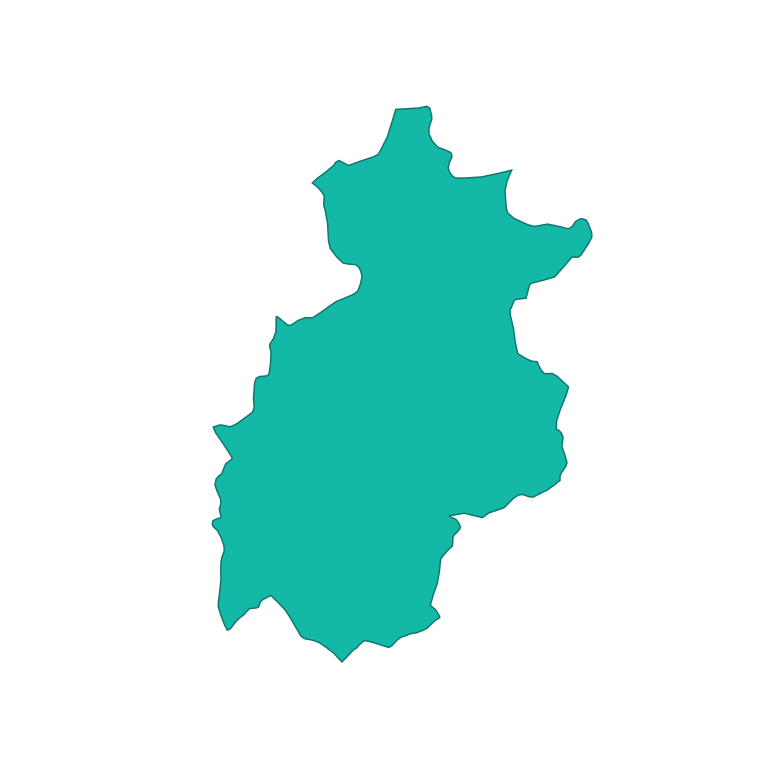 Bac Kan, Bắc Kạn, Vietnam (Mercator projection), rotated 241°
{"feature_id": "81297802B17568713952999", "entity_name": "Bac Kan", "entity_type": "district", "adm_level": 2, "iso_a3": "VNM", "parent_name": "Vietnam", "parent_adm1": "Bắc Kạn", "projection": "mercator", "projection_center": [105.845, 22.132], "detail": "fine", "context": "isolated", "style": "filled", "palette": "teal", "viewbox_px": 768, "rotation_deg": 241, "n_neighbors": 0, "source": "geoboundaries", "source_scale": "gbopen_adm2", "svg_char_len": 3867}
<svg xmlns="http://www.w3.org/2000/svg" viewBox="0 0 768 768"><g transform="rotate(241 384 384)"><path d="M594.5,418.7L588.8,421.3L581.2,422.9L577.1,422.8L573.7,420.5L569.8,418.0L564.5,416.8L551.6,412.4L535.7,404.7L528.4,402.7L517.9,404.3L509.6,406.9L506.2,411.0L502.0,417.3L498.3,418.6L493.7,418.4L488.6,416.9L483.0,412.0L478.0,406.2L477.2,401.2L478.4,389.2L479.3,382.1L478.5,373.3L478.5,373.2L478.0,370.2L477.1,361.9L476.5,353.9L480.1,347.3L481.2,340.1L480.6,331.6L481.2,329.3L483.9,327.5L493.7,323.8L495.2,322.5L495.1,322.4L492.1,320.6L487.2,317.8L482.1,314.8L477.2,309.1L474.3,303.6L472.7,302.3L466.8,300.8L456.3,294.3L448.2,288.0L448.0,285.2L450.9,278.7L450.9,274.9L447.3,271.1L434.8,262.9L432.3,261.8L426.4,259.1L423.0,255.2L422.2,249.0L420.7,236.8L420.7,232.2L421.2,228.7L426.0,223.1L427.8,220.5L429.1,213.8L424.1,213.2L421.9,213.2L409.1,214.5L399.9,215.1L392.5,215.4L391.8,212.7L390.8,206.7L384.1,198.4L383.6,195.0L382.4,191.3L377.7,187.2L374.1,186.6L371.1,186.1L367.8,185.8L362.1,185.2L358.8,183.5L354.2,179.2L346.6,177.1L346.3,176.4L347.3,170.2L347.2,167.9L344.3,165.7L342.3,165.5L336.3,167.3L328.8,167.1L320.5,165.7L315.6,163.5L310.5,157.7L307.5,155.4L302.2,152.0L292.3,146.8L278.6,137.2L275.3,134.7L270.0,131.2L260.3,129.1L249.9,127.7L244.9,127.6L244.4,128.4L244.5,131.3L247.8,138.6L249.3,143.8L250.2,149.7L252.7,156.8L252.2,158.9L250.0,163.9L249.8,166.2L253.4,170.3L254.2,173.2L254.1,178.3L253.9,182.4L252.5,183.0L243.5,185.7L234.3,188.0L225.8,188.7L210.1,189.0L204.3,189.1L202.0,189.8L198.9,191.9L196.6,195.1L193.6,198.3L189.3,202.0L180.7,206.2L173.2,209.5L166.3,211.2L161.2,212.6L161.8,214.0L163.5,219.7L166.3,228.5L166.4,232.2L167.8,235.7L169.2,242.2L166.3,246.0L161.5,250.8L155.2,256.6L151.5,260.3L151.2,262.0L151.3,264.0L153.7,271.3L153.8,272.5L154.2,275.4L154.1,277.5L153.3,281.1L152.7,286.5L150.7,291.5L149.8,297.9L149.5,303.2L151.1,308.9L152.4,314.2L152.5,318.7L153.0,319.7L153.1,319.8L156.4,319.9L161.4,319.7L166.3,317.8L168.2,317.3L170.8,320.0L175.9,325.0L183.6,333.8L187.9,337.2L193.0,341.5L201.0,346.9L203.8,349.2L205.0,352.1L207.5,358.5L209.1,365.1L210.3,366.1L212.1,367.3L216.2,369.7L217.9,371.8L218.6,374.9L220.3,379.6L221.5,381.1L224.3,381.9L227.3,381.8L230.7,381.2L235.5,377.9L236.9,377.1L237.3,377.7L235.9,380.7L232.1,391.5L228.5,395.4L222.2,402.3L219.7,404.8L219.5,406.3L220.4,412.7L220.0,415.5L218.8,421.8L217.6,429.0L218.8,433.3L221.3,442.0L221.7,447.0L221.4,448.8L220.1,451.7L214.6,456.7L212.8,460.0L212.4,471.5L212.0,474.3L212.6,479.6L213.3,486.0L214.2,488.5L214.2,491.1L218.5,493.5L220.5,496.5L223.8,503.0L226.6,506.0L231.9,507.2L238.3,508.5L243.2,509.3L250.4,514.7L255.6,515.3L258.7,514.4L261.1,512.8L262.3,513.6L268.0,517.0L276.4,526.0L285.8,537.8L292.0,544.0L292.2,543.9L296.9,542.4L306.5,539.3L311.7,536.2L314.1,531.3L315.2,529.4L319.0,528.3L324.8,528.2L329.3,528.7L330.1,527.3L333.1,523.5L338.3,519.9L345.0,516.0L346.3,516.0L346.7,516.0L358.0,519.4L369.4,524.0L380.9,527.3L384.0,528.2L387.4,530.1L393.6,538.0L394.3,539.7L391.5,546.7L390.2,549.8L400.3,559.6L400.4,561.0L400.6,562.3L397.8,572.6L395.4,583.2L395.0,585.2L398.4,595.0L403.9,609.9L400.8,615.4L401.3,618.7L407.0,629.8L411.7,637.0L416.0,639.1L425.8,640.4L429.5,640.2L432.3,637.7L433.3,635.3L433.3,630.3L430.5,625.2L430.3,622.2L430.5,620.2L435.4,615.1L444.5,604.7L448.8,592.1L453.2,587.3L465.7,578.0L473.5,575.1L478.8,576.3L494.2,583.4L501.8,590.0L509.2,599.3L512.3,587.6L517.8,569.7L524.4,555.7L529.5,546.2L533.2,544.6L537.5,544.0L541.9,545.0L545.3,547.8L549.8,553.6L552.5,554.5L554.2,554.5L558.5,551.3L565.0,545.9L572.8,544.0L580.9,544.6L586.2,547.5L592.4,554.1L595.6,555.8L601.1,557.2L603.3,557.7L606.1,556.0L608.7,547.7L618.5,527.4L611.1,519.9L598.3,506.5L590.6,495.0L587.7,490.4L587.9,484.2L590.5,470.5L592.3,458.9L596.1,456.4L601.3,453.0L601.4,449.5L599.5,445.8L597.4,434.6L596.2,425.0L594.5,418.7Z" fill="#14b8a6" stroke="#0f766e" stroke-width="1.5"/></g></svg>